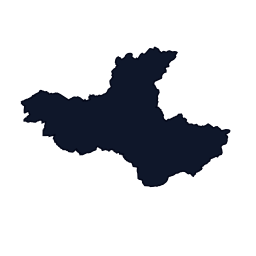 the district of Doi Saket, Chiang Mai, Thailand, rotated 64°
{"feature_id": "78962969B32024280119192", "entity_name": "Doi Saket", "entity_type": "district", "adm_level": 2, "iso_a3": "THA", "parent_name": "Thailand", "parent_adm1": "Chiang Mai", "projection": "equal_earth", "projection_center": [99.166, 18.932], "detail": "fine", "context": "isolated", "style": "filled", "palette": "ink", "viewbox_px": 256, "rotation_deg": 64, "n_neighbors": 0, "source": "geoboundaries", "source_scale": "gbopen_adm2", "svg_char_len": 5723}
<svg xmlns="http://www.w3.org/2000/svg" viewBox="0 0 256 256"><g transform="rotate(64 128 128)"><path d="M199.9,90.4L199.0,89.2L199.0,88.6L198.7,87.6L198.1,87.6L197.6,86.6L197.5,85.7L197.7,85.1L197.6,83.3L197.7,82.6L197.3,81.4L197.3,80.3L196.9,80.2L196.7,79.4L194.9,79.2L194.9,78.4L194.7,77.8L194.9,77.2L194.3,76.1L194.1,74.8L194.3,72.8L193.4,70.3L193.4,69.2L191.5,67.4L191.9,64.9L191.7,63.8L192.0,63.0L191.7,62.1L192.1,61.0L193.1,60.1L192.4,59.0L192.1,57.8L192.5,55.7L191.4,54.4L188.6,53.5L186.4,53.2L185.0,52.3L184.4,50.2L184.9,47.6L184.6,46.4L182.8,44.6L181.1,43.9L180.0,42.7L179.0,42.4L177.3,43.3L176.4,42.9L176.0,38.8L175.7,38.3L174.8,37.8L173.8,38.6L172.5,40.8L171.8,44.3L171.2,45.5L169.3,45.8L167.0,47.0L166.1,47.2L165.5,48.6L165.6,50.0L165.2,51.4L164.7,51.8L163.6,51.9L163.0,52.5L162.2,52.7L159.6,54.3L160.1,57.3L159.9,58.0L160.1,59.1L159.0,60.1L159.1,61.9L158.1,62.6L157.3,64.0L156.3,64.6L155.4,64.6L154.8,65.1L154.8,66.3L153.9,68.2L152.6,68.9L151.2,72.2L149.9,72.1L147.5,73.3L146.3,72.0L146.0,72.0L144.1,72.9L143.9,74.2L143.2,74.5L141.5,74.6L140.7,74.0L139.0,74.0L138.0,76.7L139.1,78.5L138.7,79.6L138.9,80.8L138.6,82.2L138.8,83.4L138.7,84.9L138.9,86.4L138.0,88.1L138.7,90.4L137.9,91.1L135.4,92.1L133.1,91.7L132.1,90.7L130.9,90.7L130.0,91.1L129.4,90.7L128.0,90.6L126.9,91.1L126.0,90.6L125.0,91.3L123.9,91.4L122.6,92.0L121.9,93.5L121.6,93.7L121.0,92.5L118.4,90.8L117.5,89.7L116.0,89.8L114.4,88.5L112.0,87.8L109.7,84.7L107.3,84.0L105.7,85.5L101.1,85.5L100.2,86.4L97.6,83.9L97.8,76.3L97.4,75.8L96.0,75.2L94.7,73.8L94.0,71.8L93.9,70.9L94.2,69.4L92.7,68.6L90.3,68.7L89.9,66.8L90.5,64.6L90.2,64.2L88.3,63.9L87.2,62.5L86.8,61.2L86.2,60.3L86.3,59.2L86.1,56.7L85.1,54.4L84.7,53.9L83.3,53.8L81.6,50.9L81.0,51.2L80.0,52.5L79.2,54.9L77.0,56.9L76.6,58.3L76.9,59.6L76.7,60.6L75.1,62.2L74.8,62.9L75.2,64.8L75.0,65.2L72.6,66.2L70.5,66.2L67.3,68.5L67.4,69.1L68.5,70.0L68.7,70.6L66.7,73.0L66.4,73.8L68.8,79.5L69.0,81.1L68.1,82.2L67.2,82.6L67.6,84.5L70.5,89.0L69.1,89.7L69.5,91.0L69.1,91.8L66.3,93.4L65.5,93.4L63.8,92.2L63.1,92.2L62.4,92.7L61.5,94.6L61.3,95.9L61.4,96.7L61.9,98.1L63.1,99.6L63.4,100.4L63.8,103.1L63.6,103.7L62.9,104.2L61.5,104.4L60.6,105.5L60.0,105.6L60.0,106.2L60.2,107.3L60.7,108.1L61.5,109.0L63.5,110.4L64.3,110.2L65.2,110.8L67.3,110.0L67.7,111.6L68.9,112.8L69.0,114.7L70.1,117.6L70.7,117.6L71.4,118.0L72.3,117.6L73.7,119.3L75.3,118.9L77.0,121.5L77.5,123.0L78.1,123.6L80.7,124.5L83.5,124.7L84.3,125.7L84.8,128.7L86.5,130.6L87.2,132.1L87.4,133.3L87.1,135.1L87.4,136.7L87.2,138.3L86.9,138.9L86.3,139.1L86.0,140.0L86.3,140.9L86.2,141.8L85.6,142.0L85.6,142.9L84.9,143.8L84.9,144.4L83.4,144.4L83.0,145.5L83.4,146.5L82.7,146.9L82.1,147.6L82.6,147.7L82.7,148.8L83.1,149.5L84.1,149.8L84.5,149.2L85.7,149.3L85.8,150.3L85.5,151.5L85.7,152.5L85.2,154.0L83.8,154.3L84.3,155.5L84.1,156.4L83.2,156.3L82.1,157.1L80.4,157.7L78.1,159.6L78.2,160.6L76.7,162.9L76.6,164.5L76.9,165.6L76.7,166.9L77.0,169.1L68.4,174.3L65.9,176.2L65.8,177.3L65.1,177.5L64.9,178.4L65.2,178.9L64.7,179.5L64.7,180.4L64.0,181.4L63.3,181.9L63.3,183.3L63.0,184.2L61.8,184.1L60.8,185.3L59.8,185.2L59.2,187.0L58.4,187.9L58.0,188.0L57.1,189.1L57.2,189.4L56.5,189.5L56.1,190.0L56.1,191.0L56.7,191.7L57.2,191.8L57.2,197.0L58.1,197.7L57.6,198.3L57.8,198.6L57.3,198.9L57.3,199.6L58.1,200.2L58.0,201.4L58.6,201.9L58.3,202.2L58.2,203.4L58.4,203.9L58.2,204.5L58.6,205.4L58.3,205.6L58.0,206.3L57.9,208.3L58.1,208.7L57.9,209.1L58.2,209.7L57.7,211.3L57.9,212.3L59.2,212.4L59.4,212.7L59.6,212.4L60.8,212.4L62.5,211.3L63.0,211.3L63.1,211.1L66.3,213.2L68.5,214.2L68.7,213.9L69.0,214.1L69.1,213.9L69.0,212.6L69.2,210.2L70.4,210.0L71.3,210.3L72.9,210.3L73.6,211.6L73.4,212.2L73.8,213.0L73.7,213.5L74.4,213.9L74.5,214.2L74.7,215.0L74.3,215.7L74.7,216.4L74.7,217.0L75.2,217.8L76.1,218.2L77.4,215.7L77.9,216.0L78.8,215.2L79.3,212.3L79.9,211.9L80.9,210.1L81.5,209.8L81.4,208.9L82.1,208.4L81.7,206.6L82.1,205.2L81.9,204.4L82.6,202.8L82.9,202.2L83.7,201.9L85.7,202.8L85.8,200.6L86.3,199.3L88.7,200.8L89.6,201.8L91.2,202.4L91.9,203.1L91.8,203.5L92.0,203.8L93.1,204.6L92.9,205.1L97.5,207.4L98.6,205.1L99.8,202.3L100.3,201.9L100.9,202.3L101.3,199.9L101.8,198.2L101.9,196.8L102.7,197.2L102.6,197.8L103.6,198.2L103.7,198.5L104.9,199.6L105.3,199.2L108.7,199.7L109.1,198.8L110.0,199.0L110.5,198.7L111.6,199.1L113.8,197.7L114.1,198.0L114.3,197.7L116.7,197.0L117.9,195.8L118.8,195.8L120.0,193.4L121.2,192.7L121.2,192.0L123.1,191.5L125.1,188.5L125.3,188.0L124.3,183.9L124.4,183.5L124.9,183.4L125.9,184.0L127.5,183.4L127.4,183.1L127.7,183.2L129.2,182.1L129.8,182.7L130.4,182.2L130.7,182.4L130.9,181.9L131.1,182.2L131.9,180.5L132.0,175.5L132.7,174.5L133.2,172.6L133.0,169.4L133.3,166.7L133.2,166.3L132.4,165.9L131.5,164.8L131.2,163.9L131.2,163.1L133.5,161.9L135.0,160.4L136.3,160.9L136.8,160.7L137.4,157.1L138.0,156.9L139.2,155.5L140.2,155.2L140.2,154.4L139.7,154.0L139.5,153.4L140.3,151.4L141.0,151.2L141.8,150.3L142.8,150.6L144.4,149.4L145.3,149.2L145.7,146.9L146.0,146.4L147.9,146.7L148.3,144.9L149.1,145.0L149.3,144.0L149.6,143.6L150.0,144.1L151.0,144.5L152.7,144.5L153.0,143.7L153.6,144.2L154.1,144.2L155.1,144.0L155.8,143.3L156.7,143.3L157.0,142.6L157.7,142.5L159.1,141.6L159.6,140.6L161.1,139.5L164.8,140.0L166.7,137.1L168.2,136.6L168.4,136.7L168.8,137.3L170.8,138.4L173.2,138.9L177.8,140.9L178.9,140.3L180.6,138.1L182.8,138.2L183.6,138.7L187.0,138.1L189.1,134.3L190.3,133.4L191.6,130.1L191.7,129.0L192.7,127.7L193.0,126.7L192.7,125.9L193.4,124.8L193.5,122.3L193.8,121.4L193.0,117.7L192.5,116.6L191.6,115.3L190.4,114.3L189.0,112.7L189.6,111.4L189.6,110.3L190.0,108.4L189.9,106.5L189.4,105.1L190.2,102.9L190.0,100.1L190.4,99.5L190.7,97.7L192.0,95.7L195.2,94.0L195.6,93.5L195.7,92.3L196.1,91.9L197.3,91.3L199.1,91.0L199.9,90.4Z" fill="#0f172a" stroke="#020617" stroke-width="1.5"/></g></svg>